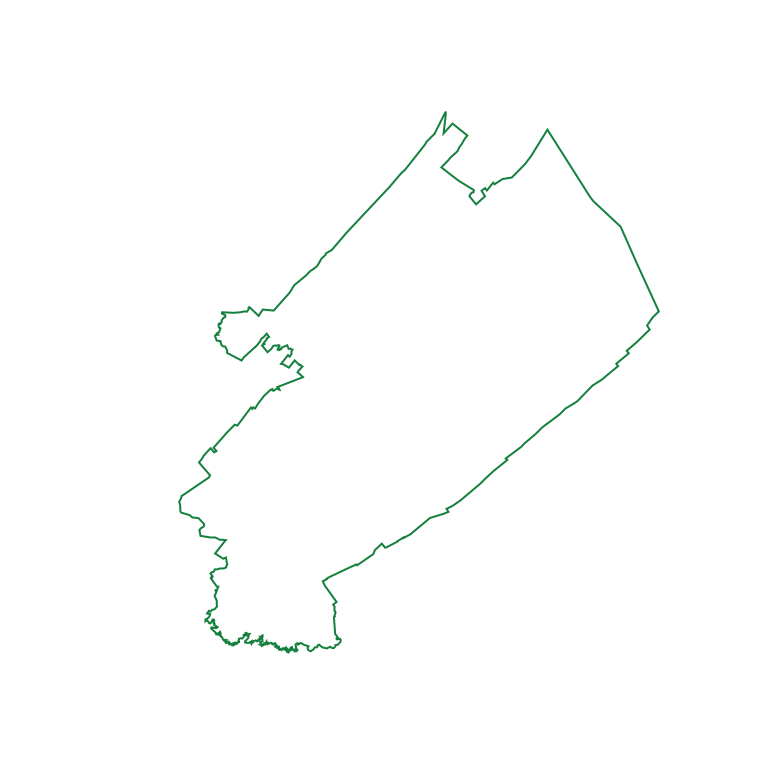 Ciudad Valles, San Luis Potosí, Mexico, rotated 54°
{"feature_id": "50627088B67869096393149", "entity_name": "Ciudad Valles", "entity_type": "district", "adm_level": 2, "iso_a3": "MEX", "parent_name": "Mexico", "parent_adm1": "San Luis Potosí", "projection": "natural_earth1", "projection_center": [-99.028, 22.078], "detail": "fine", "context": "isolated", "style": "outline", "palette": "green", "viewbox_px": 768, "rotation_deg": 54, "n_neighbors": 0, "source": "geoboundaries", "source_scale": "gbopen_adm2", "svg_char_len": 6165}
<svg xmlns="http://www.w3.org/2000/svg" viewBox="0 0 768 768"><g transform="rotate(54 384 384)"><path d="M239.5,324.9L244.9,347.6L244.2,354.0L245.2,355.7L245.8,360.9L249.2,368.4L249.5,372.2L249.3,377.4L250.4,383.6L251.3,398.5L254.6,406.6L259.8,430.1L252.5,438.3L255.2,445.4L242.6,447.7L242.6,448.6L244.2,450.0L244.9,452.4L242.6,455.1L242.6,455.8L240.8,459.3L237.8,464.1L230.8,472.8L231.7,473.8L235.1,471.9L236.6,473.2L236.1,474.9L237.1,478.1L238.4,478.7L239.3,481.3L238.2,481.6L238.5,482.8L241.3,484.4L242.8,483.5L245.1,486.8L244.7,489.6L245.2,490.0L245.8,489.2L246.7,489.1L245.4,491.5L245.8,492.5L250.6,493.8L253.0,491.2L253.5,491.7L254.2,491.5L256.6,492.5L258.8,492.3L260.4,490.4L265.0,491.3L266.6,492.7L281.3,485.4L280.0,481.7L278.1,464.0L276.5,458.7L275.2,456.5L275.4,454.3L274.3,449.4L278.4,449.3L278.0,451.3L278.4,452.3L278.8,452.2L280.3,457.8L281.4,457.3L281.2,460.0L289.8,459.6L289.4,454.5L288.1,451.3L288.9,449.2L290.0,448.4L290.5,446.5L291.4,446.0L292.1,446.4L293.3,449.9L293.1,450.3L295.0,448.8L294.7,447.1L295.3,446.9L294.5,445.1L295.8,439.5L299.5,440.5L300.3,438.9L300.9,438.9L302.4,437.8L303.6,440.2L305.3,441.0L306.5,444.3L304.2,444.7L307.2,455.5L308.7,454.0L314.9,451.3L312.4,442.4L318.6,441.4L318.4,440.9L321.9,439.7L323.0,445.2L323.8,447.1L326.7,446.2L330.3,445.8L330.4,445.4L330.9,445.4L323.8,472.0L326.0,471.6L327.2,471.9L326.3,472.5L325.0,472.5L324.5,477.5L323.4,477.9L322.5,477.3L322.0,479.1L323.1,488.0L325.8,497.3L328.0,502.6L326.0,503.6L326.8,505.1L324.8,505.5L331.5,527.1L329.2,528.7L331.0,539.8L335.4,559.4L339.7,558.9L339.5,561.6L334.0,562.1L336.1,572.4L336.9,573.6L338.8,579.8L355.5,578.4L356.7,580.5L355.7,613.5L357.3,615.6L359.1,619.1L362.3,620.1L367.1,623.5L368.8,623.7L376.1,618.1L379.4,617.5L382.7,613.6L383.8,612.9L391.1,611.9L392.5,612.4L393.3,613.5L393.1,616.8L393.6,619.2L399.0,621.7L405.9,614.9L408.9,610.8L413.8,608.2L415.3,605.8L417.4,603.8L417.6,605.3L421.9,620.3L430.9,616.7L431.4,613.9L438.0,617.0L438.4,618.4L439.7,619.4L438.9,622.3L436.7,625.3L435.9,628.0L434.5,629.8L435.6,631.4L435.7,632.8L435.0,634.3L435.2,635.8L438.8,635.6L439.5,636.3L439.7,637.6L439.0,637.6L439.4,638.3L450.0,638.3L450.6,637.2L452.9,640.8L451.8,641.3L451.9,641.6L453.8,641.9L455.7,645.5L461.1,646.7L463.9,648.8L465.8,649.7L466.6,653.5L465.6,656.1L466.2,657.9L465.6,658.7L464.6,659.0L465.7,662.0L467.9,659.8L468.6,660.7L469.5,662.1L470.0,664.7L469.5,666.4L469.8,667.1L470.9,667.9L470.8,667.1L471.3,666.3L473.0,665.8L474.6,666.1L475.5,665.5L475.2,663.5L473.8,661.1L474.6,660.1L475.8,660.5L475.6,662.0L477.1,661.7L477.7,662.6L478.6,662.1L479.3,663.1L482.8,661.4L483.1,661.8L482.9,663.0L482.3,663.9L479.5,666.6L479.7,667.3L480.3,667.5L486.0,666.4L487.9,666.9L488.8,665.9L487.9,665.5L488.4,664.8L488.0,662.3L489.4,662.6L489.4,663.1L490.0,663.3L489.6,664.4L489.9,665.0L491.4,663.8L492.3,664.5L493.8,663.7L495.9,664.5L497.3,664.3L497.5,662.8L498.7,661.8L499.1,663.8L500.3,664.2L500.7,664.0L500.8,662.9L501.9,662.4L501.1,661.6L501.2,661.0L502.7,661.0L503.3,662.2L503.7,662.3L504.3,660.7L506.3,660.5L507.0,659.2L507.1,658.6L506.7,658.1L505.1,658.6L505.6,656.3L506.7,655.4L507.5,656.4L507.8,656.1L507.0,653.7L507.6,652.9L507.4,652.6L506.2,652.6L505.6,651.6L504.8,651.2L505.5,649.3L506.6,648.3L506.7,647.8L505.8,645.5L504.8,645.1L505.7,644.4L505.7,643.6L506.6,643.0L505.1,642.6L504.5,643.3L504.1,642.6L504.2,641.8L506.8,640.7L507.2,639.9L507.7,641.2L509.8,643.2L510.5,647.6L511.6,648.3L514.0,645.7L514.1,643.8L515.5,643.9L514.4,643.0L514.3,641.9L516.1,642.7L515.9,641.2L515.3,640.7L516.0,638.6L517.6,637.9L517.0,636.0L517.8,636.0L518.0,634.9L517.0,634.1L516.8,633.3L515.5,633.0L516.7,631.5L515.8,630.6L516.0,630.0L517.2,630.8L518.4,632.9L519.5,632.6L520.8,633.6L520.0,635.9L521.9,636.3L521.8,637.6L522.9,636.8L524.1,636.9L524.4,634.8L523.7,634.8L524.6,633.6L524.4,633.3L523.4,633.3L523.9,632.0L523.5,630.9L524.8,631.9L524.7,630.1L525.3,629.9L526.2,630.8L527.0,627.4L528.0,626.9L528.8,627.3L529.5,627.0L529.3,625.5L529.7,624.5L530.3,624.9L531.6,624.2L532.5,624.6L531.9,625.9L532.3,626.6L533.6,625.6L534.7,625.7L535.1,624.2L534.5,623.9L534.7,623.4L536.2,624.1L537.1,623.7L536.9,624.9L537.5,625.0L537.9,623.5L539.1,623.3L538.3,621.2L539.6,619.3L539.4,618.4L540.2,618.7L540.4,620.5L541.1,619.9L540.9,618.1L541.2,617.7L542.0,618.0L542.5,619.8L543.6,619.9L545.1,619.1L544.9,618.4L543.9,618.0L543.3,616.3L544.6,616.1L544.8,615.3L542.7,614.6L542.4,613.8L542.7,613.1L544.7,613.7L547.9,613.4L548.6,612.4L548.7,611.3L548.6,610.6L547.8,610.2L547.0,611.2L546.2,611.5L545.5,609.9L543.0,609.0L542.6,607.8L542.7,606.6L543.2,606.1L544.2,606.8L544.5,606.4L544.5,603.5L548.1,602.0L551.8,599.2L552.7,601.0L553.8,601.5L554.5,601.7L557.1,600.5L557.2,596.8L556.4,594.8L557.6,593.0L557.5,592.4L556.4,591.4L556.7,589.8L560.9,588.6L564.3,585.7L564.9,581.9L566.8,581.4L568.1,579.9L567.6,577.4L566.7,576.7L567.7,574.8L567.0,570.8L565.8,569.5L564.5,569.3L562.8,572.3L562.0,572.1L561.9,571.6L562.7,570.8L562.5,570.4L557.3,570.3L543.1,561.5L543.1,560.3L542.3,560.1L540.6,557.7L540.0,557.7L539.4,557.1L538.1,557.3L535.0,554.8L532.6,554.8L532.5,550.5L512.3,550.4L507.6,549.5L508.2,545.9L508.2,545.2L507.8,545.2L507.9,542.7L512.1,520.3L513.8,512.3L514.9,512.3L515.3,492.5L513.0,488.9L511.9,479.6L517.1,479.3L517.6,477.9L519.4,465.8L519.1,465.7L519.6,458.2L520.1,458.5L521.1,451.1L519.4,425.5L524.0,412.2L525.3,407.0L521.8,406.8L522.9,399.8L523.1,390.3L521.1,363.4L520.2,358.5L518.8,346.5L517.9,328.9L515.8,329.3L515.5,309.7L514.6,305.4L513.6,291.0L512.1,281.4L511.8,259.7L510.5,251.7L511.5,240.5L511.5,237.2L507.8,216.1L508.5,205.6L507.1,184.1L504.1,184.1L503.1,167.9L499.8,168.1L498.7,154.7L496.1,137.0L491.3,136.8L488.1,127.6L486.8,119.0L434.8,108.5L395.9,100.1L359.0,107.2L353.3,107.3L274.3,102.3L286.2,131.4L289.1,141.1L292.1,159.3L287.9,167.4L287.4,177.1L285.3,177.3L287.9,187.0L284.9,187.2L285.0,191.5L291.5,192.0L292.8,203.9L282.3,204.5L281.1,202.3L280.9,200.0L281.5,198.9L280.0,197.3L263.0,204.3L242.5,210.3L240.6,199.6L240.0,197.9L238.9,187.8L236.5,183.4L235.6,180.1L233.1,174.6L232.0,170.5L213.6,175.5L216.3,188.5L202.7,176.0L199.9,173.9L211.3,196.1L213.0,207.1L214.4,210.1L222.9,240.5L223.8,247.2L227.7,263.1L239.5,324.9Z" fill="none" stroke="#15803d" stroke-width="2"/></g></svg>